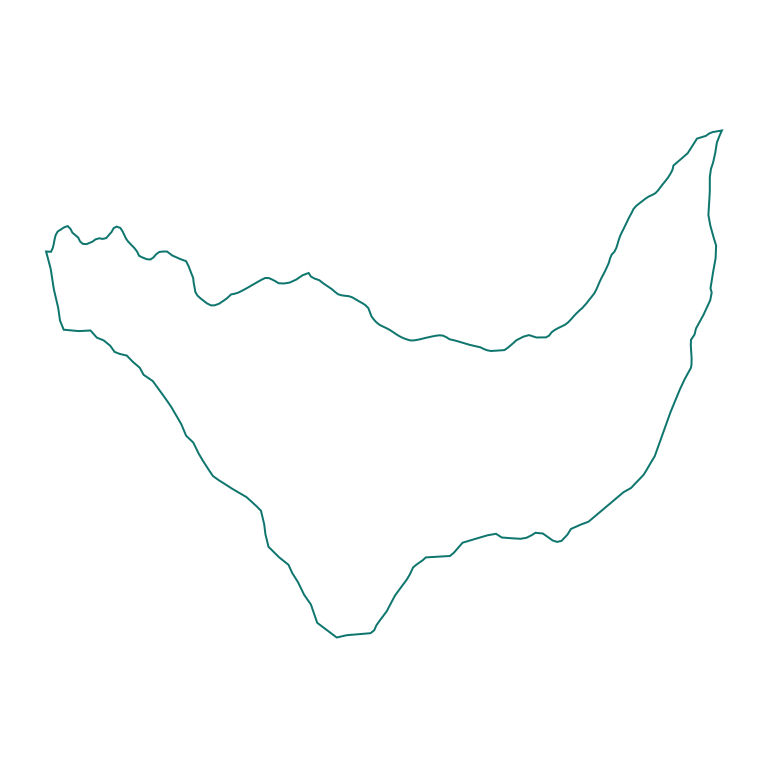 outline of Mendrelgang, Chirang, Bhutan
{"feature_id": "84629894B69504897318329", "entity_name": "Mendrelgang", "entity_type": "district", "adm_level": 2, "iso_a3": "BTN", "parent_name": "Bhutan", "parent_adm1": "Chirang", "projection": "equal_earth", "projection_center": [90.11, 26.956], "detail": "fine", "context": "isolated", "style": "outline", "palette": "teal", "viewbox_px": 768, "rotation_deg": 0, "n_neighbors": 0, "source": "geoboundaries", "source_scale": "gbopen_adm2", "svg_char_len": 3867}
<svg xmlns="http://www.w3.org/2000/svg" viewBox="0 0 768 768"><path d="M336.7,637.5L346.8,635.2L370.5,633.2L374.2,630.3L376.4,625.3L380.6,619.4L386.7,611.3L395.0,595.5L402.8,584.9L406.5,580.0L409.8,574.5L413.1,567.4L416.8,564.4L422.9,560.1L425.8,557.4L449.9,556.0L453.8,552.8L462.6,542.7L479.0,537.8L487.5,535.3L496.0,533.8L501.8,537.5L512.5,538.3L520.5,538.8L526.4,537.8L531.7,535.2L535.4,532.8L542.8,533.5L549.8,538.4L552.5,540.4L557.0,541.9L561.5,540.9L567.3,534.8L571.0,528.9L580.5,524.7L588.5,521.7L603.7,508.9L623.5,492.2L631.0,488.0L643.6,474.8L646.5,470.1L652.1,460.5L654.7,456.3L670.6,411.9L679.8,389.6L684.6,379.3L689.1,371.1L690.9,367.9L691.5,364.3L691.6,358.1L690.8,345.7L691.0,339.8L694.5,334.6L696.0,328.5L703.4,315.0L710.2,300.3L711.7,292.6L710.5,288.4L713.0,272.6L715.6,258.3L716.1,245.5L713.8,238.1L710.3,225.5L708.4,215.0L709.0,205.2L709.8,191.6L709.8,177.3L710.9,169.2L713.1,162.5L715.2,153.1L716.9,142.5L719.6,135.6L721.9,130.5L712.6,132.1L709.4,133.4L705.8,135.9L697.0,138.6L687.7,153.2L673.5,165.5L672.4,170.0L670.4,173.8L668.2,177.3L665.7,180.6L663.1,183.8L660.6,187.0L658.1,190.3L655.4,193.2L652.1,195.0L648.6,196.6L645.4,198.7L642.3,201.1L639.2,203.5L636.1,206.0L633.5,209.0L631.6,212.9L629.6,216.5L627.7,220.3L625.9,224.1L624.0,228.0L622.1,231.8L620.3,235.6L618.8,239.7L617.6,243.9L616.3,248.0L614.4,251.7L611.6,254.7L610.0,258.6L608.8,262.9L607.1,266.7L605.3,270.6L603.4,274.3L601.4,278.1L599.6,281.9L597.9,285.9L596.2,289.8L594.2,293.5L591.7,296.7L589.1,299.9L586.4,303.4L582.4,307.9L579.1,310.8L576.2,313.6L573.5,316.5L570.8,319.6L568.0,322.5L564.9,324.8L561.5,326.5L558.1,328.1L554.7,330.0L551.6,332.3L549.1,335.6L545.9,337.4L542.2,337.4L536.5,337.5L529.0,335.1L523.5,336.6L516.3,340.3L513.6,342.8L510.6,345.4L507.6,347.9L504.4,350.1L491.0,351.0L487.3,350.3L483.8,349.0L480.4,347.3L469.9,344.9L457.8,341.3L453.7,340.2L449.6,339.3L446.4,337.2L442.9,335.6L439.2,335.3L435.6,335.8L431.9,336.5L428.3,337.3L424.7,338.1L421.1,339.0L417.5,339.8L413.8,340.4L410.1,340.4L406.5,339.3L403.0,338.0L399.6,336.3L396.3,334.3L393.1,332.1L389.9,330.0L386.5,328.2L383.1,326.6L379.6,324.9L376.6,322.5L373.8,319.5L371.4,316.2L369.9,312.2L368.4,308.2L365.6,305.3L362.4,303.2L359.0,301.3L355.7,299.4L352.4,297.4L348.9,296.2L345.2,295.8L341.5,295.3L338.0,294.2L334.9,291.8L331.9,289.2L328.7,287.0L325.4,284.8L322.3,282.6L319.3,280.2L314.4,278.5L310.9,276.5L308.6,273.0L302.7,275.2L296.2,279.6L289.6,282.6L283.6,283.5L278.5,283.2L275.7,281.4L272.3,279.6L268.9,278.1L265.2,278.0L261.8,279.6L258.4,281.5L255.1,283.4L251.8,285.3L248.5,287.2L245.1,289.1L241.7,290.9L238.3,292.6L234.8,293.7L231.1,294.4L227.1,298.2L223.3,300.9L219.1,303.7L214.7,305.3L211.0,305.4L206.9,303.3L203.4,300.6L200.3,298.2L197.4,295.5L195.3,291.9L194.6,287.6L193.7,282.9L193.2,278.1L188.4,265.8L186.1,261.2L180.4,259.1L172.1,255.4L167.0,251.5L163.0,251.5L159.3,252.0L156.2,254.2L153.6,257.3L150.4,259.5L146.8,259.2L142.3,257.4L139.0,255.7L137.2,251.8L134.8,248.5L131.4,245.0L128.0,241.4L126.0,238.6L122.6,231.4L120.4,228.0L116.7,226.6L113.7,228.1L111.6,231.9L108.9,235.0L106.2,238.1L102.7,238.9L99.1,238.3L95.5,239.4L92.4,241.7L86.6,244.1L82.9,243.9L80.1,241.5L78.2,237.6L75.3,235.1L72.4,232.7L70.5,228.9L67.7,226.1L64.2,227.3L61.0,229.4L57.7,231.5L55.7,235.0L54.6,239.3L53.8,243.7L52.8,247.9L51.0,251.8L46.1,251.5L50.7,268.9L53.8,289.1L58.2,307.9L60.0,320.6L63.7,329.7L78.8,331.1L90.5,330.5L96.8,337.6L103.7,340.4L110.2,345.7L114.6,351.9L119.7,353.9L126.8,355.6L132.7,361.7L139.8,367.8L143.6,374.8L152.8,381.1L165.0,397.9L171.1,406.7L175.6,414.4L181.3,424.2L186.1,435.7L193.3,442.6L198.7,453.6L202.8,460.6L208.6,469.6L213.0,476.1L218.8,480.2L232.6,489.0L246.6,497.2L256.5,506.2L261.0,510.8L264.2,524.3L265.4,534.1L268.5,546.8L279.1,557.3L288.5,564.8L292.2,573.0L297.9,582.0L304.1,594.7L307.2,599.2L310.9,604.5L317.2,622.8L336.7,637.5Z" fill="none" stroke="#0f766e" stroke-width="2"/></svg>